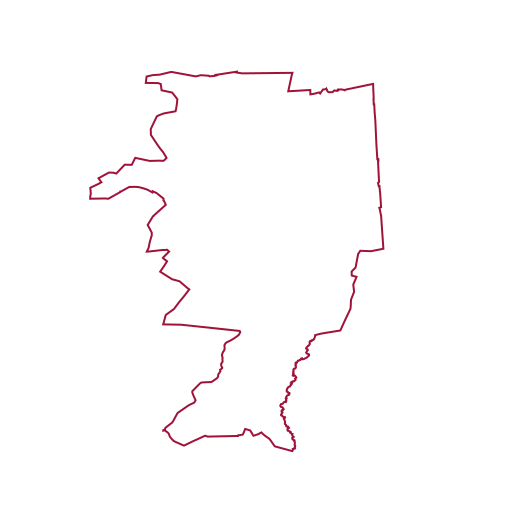 the district of Lielplatones pag., Jelgava, Latvia, rotated 348°
{"feature_id": "27541924B38186203198692", "entity_name": "Lielplatones pag.", "entity_type": "district", "adm_level": 2, "iso_a3": "LVA", "parent_name": "Latvia", "parent_adm1": "Jelgava", "projection": "natural_earth1", "projection_center": [23.633, 56.444], "detail": "fine", "context": "isolated", "style": "outline", "palette": "rose", "viewbox_px": 512, "rotation_deg": 348, "n_neighbors": 0, "source": "geoboundaries", "source_scale": "gbopen_adm2", "svg_char_len": 6113}
<svg xmlns="http://www.w3.org/2000/svg" viewBox="0 0 512 512"><g transform="rotate(348 256 256)"><path d="M251.0,454.4L251.6,453.6L251.8,453.0L252.1,452.8L252.0,452.4L253.4,452.3L253.8,452.5L254.1,452.4L254.2,452.2L254.0,451.8L253.9,451.3L254.5,450.8L254.5,450.5L254.8,450.2L254.9,449.6L254.5,449.1L254.6,448.2L255.1,447.4L255.2,446.3L254.9,445.2L255.4,444.9L255.3,444.2L254.0,443.4L253.9,443.0L253.6,442.7L253.5,441.6L254.3,441.3L254.7,441.0L255.2,440.8L254.8,440.3L254.4,440.2L254.4,439.6L254.4,439.0L254.2,438.9L254.2,438.3L254.6,437.7L253.9,437.5L253.9,437.2L253.4,436.3L252.7,436.0L252.6,435.5L253.1,435.2L252.7,434.8L252.4,434.7L252.4,434.4L251.7,433.8L251.0,433.7L250.7,433.4L250.7,432.0L251.0,431.6L252.0,431.2L251.4,430.8L251.4,430.6L252.2,430.2L251.7,429.3L250.3,429.0L250.1,428.6L250.2,427.3L249.4,426.4L249.4,425.7L250.0,424.4L249.9,423.7L249.7,421.6L249.3,421.2L249.5,420.5L249.6,420.4L250.2,420.5L250.9,420.1L250.9,419.7L250.2,419.4L249.5,419.2L248.8,418.6L248.5,418.2L248.5,417.7L248.2,417.3L247.5,417.1L247.4,416.7L247.7,416.1L248.4,415.5L248.6,414.9L249.2,414.8L249.4,414.5L249.2,414.1L249.3,413.7L248.7,413.3L248.8,412.7L249.5,412.1L250.0,411.9L250.7,412.1L251.2,411.7L251.0,410.8L250.7,410.3L250.5,409.6L249.1,408.8L248.6,407.8L248.8,407.1L249.6,406.1L249.9,406.1L250.3,406.2L251.4,406.1L252.7,404.9L253.7,404.6L254.3,404.7L254.8,405.1L255.2,404.7L255.5,404.0L255.2,403.8L255.5,402.7L255.7,402.4L255.6,402.0L256.2,402.0L256.4,401.8L256.3,401.0L256.0,400.6L256.3,400.0L257.8,398.8L259.2,398.8L259.8,398.3L260.2,397.3L260.2,396.9L259.1,396.6L258.9,395.6L257.9,395.0L258.0,393.9L258.3,393.3L258.7,392.9L258.7,392.5L260.5,390.8L262.1,390.7L262.8,389.7L263.4,389.5L263.6,389.2L263.5,388.7L264.1,388.7L264.6,388.4L264.5,387.8L264.3,387.6L264.4,387.3L264.1,386.9L264.9,386.5L265.8,386.8L266.1,386.5L266.3,386.2L266.9,386.4L267.6,386.2L268.8,385.6L269.1,385.0L268.7,384.1L270.2,383.3L269.4,381.3L268.6,381.0L267.6,381.0L267.1,380.6L267.7,379.2L268.4,379.2L268.5,378.9L268.2,378.0L268.4,377.6L268.2,377.3L268.3,376.9L268.8,376.6L269.0,376.1L268.8,375.7L268.9,375.1L269.2,374.5L269.9,374.1L270.7,374.3L271.4,373.9L272.0,373.0L271.8,372.7L272.2,371.8L271.8,371.0L272.4,370.5L272.3,369.4L272.4,368.9L272.8,368.6L273.2,369.0L273.7,369.0L274.2,368.4L274.3,368.0L275.3,367.1L275.8,367.3L276.5,367.2L277.2,366.7L277.9,366.9L278.6,366.2L278.8,365.7L279.8,365.6L280.2,366.7L281.3,366.8L282.9,366.3L284.2,366.1L287.3,364.3L287.3,363.4L287.2,363.0L285.7,362.2L285.3,361.8L285.3,361.3L285.0,360.9L286.2,359.4L287.0,359.1L287.1,358.5L287.0,357.9L285.9,357.1L285.8,356.8L286.2,356.1L287.0,355.5L287.8,355.1L288.3,354.6L288.9,354.7L290.4,353.2L290.5,352.9L290.3,352.4L290.5,351.3L291.0,350.6L291.5,350.5L292.1,350.6L292.4,350.9L292.8,350.8L293.0,350.5L293.0,350.0L294.6,349.9L295.2,349.7L295.3,349.2L295.9,348.8L297.2,346.6L297.4,345.7L302.6,345.5L304.9,345.5L323.0,346.4L328.9,338.4L337.4,327.3L338.2,324.9L339.1,321.3L339.9,318.4L344.5,311.5L345.2,304.2L350.0,297.3L345.6,295.0L346.3,291.2L346.5,290.9L350.9,288.1L351.2,287.5L356.3,275.3L359.1,272.6L369.4,275.2L382.1,275.4L386.7,242.9L386.8,235.0L386.6,234.6L388.0,234.2L388.5,234.2L390.5,220.4L390.6,219.1L391.3,213.3L390.6,213.3L390.5,209.9L391.8,209.2L392.2,206.4L394.7,190.8L395.1,188.4L395.5,188.4L395.8,186.6L394.8,186.5L397.0,171.7L400.9,148.2L401.9,140.3L403.2,132.2L402.7,132.1L403.6,126.7L403.8,126.7L406.3,112.0L378.7,111.9L377.7,112.0L377.3,112.4L376.6,111.8L373.5,110.6L372.1,110.6L371.3,110.2L370.9,110.1L370.6,110.2L370.2,110.8L370.4,111.3L370.1,111.4L368.8,111.1L367.3,110.4L367.0,110.4L366.4,110.6L366.1,111.1L365.8,111.3L364.3,111.5L361.9,111.1L361.4,111.0L360.7,110.5L360.3,109.9L360.0,109.2L359.9,108.1L359.6,106.9L359.1,107.3L356.1,107.1L352.5,110.4L351.7,109.1L346.4,109.4L342.8,109.2L343.6,104.9L321.8,101.6L328.5,86.6L329.7,84.4L280.5,74.5L274.9,72.4L275.4,71.7L254.5,70.5L254.9,71.1L252.5,71.2L247.9,70.6L247.4,69.9L239.7,67.7L234.4,67.8L211.9,58.5L211.0,58.3L199.7,58.6L192.3,57.6L186.3,57.7L184.2,63.8L196.2,66.5L198.6,68.0L198.1,74.3L208.0,78.7L211.7,86.3L210.0,91.4L208.2,96.1L207.4,97.7L195.3,97.4L191.1,98.0L188.1,98.7L179.4,110.0L178.4,115.8L183.0,127.4L184.5,130.8L186.8,135.3L188.9,141.5L186.0,143.4L185.0,143.6L181.0,142.6L171.8,140.9L158.3,134.9L153.4,141.0L146.7,139.4L146.4,139.5L136.5,146.3L133.8,144.9L129.5,143.8L118.1,147.2L120.1,151.7L117.0,152.7L108.1,154.8L107.4,160.7L106.4,162.8L105.7,165.5L120.6,168.4L123.4,169.3L136.4,165.3L136.6,164.7L137.5,164.8L146.4,162.1L152.9,163.4L155.8,164.3L160.5,166.7L160.5,166.8L163.4,168.4L167.9,172.3L168.4,171.2L171.9,173.8L177.5,180.7L177.0,182.5L177.5,183.0L178.4,187.2L164.2,195.3L164.2,195.5L163.3,195.9L156.5,203.1L158.9,211.5L158.4,213.7L158.3,214.2L155.1,220.0L152.7,225.6L150.1,229.0L152.7,229.4L165.9,230.7L167.4,231.1L170.3,231.4L171.9,233.6L166.5,237.1L164.7,238.3L164.5,238.6L167.9,242.7L164.2,246.5L159.0,251.4L169.1,261.3L175.9,264.8L182.1,272.9L183.8,274.8L176.6,280.9L172.0,284.5L164.7,290.8L155.5,294.9L151.0,303.6L168.3,307.6L224.4,325.9L224.6,326.2L224.8,327.1L223.0,329.4L221.5,330.3L216.7,332.3L214.4,333.1L209.3,334.4L208.1,335.0L207.0,336.1L206.6,336.7L206.2,339.4L205.8,340.9L204.6,342.3L203.3,343.6L202.5,345.1L202.2,345.5L202.0,346.1L202.2,348.3L201.9,349.0L201.4,352.2L201.0,352.9L199.6,354.0L199.2,355.6L199.4,357.3L199.8,358.2L199.7,358.5L198.8,359.2L197.2,359.8L197.2,361.3L195.0,363.5L194.2,364.4L194.1,365.6L193.3,366.7L192.3,367.5L186.8,369.8L185.9,370.0L179.8,368.9L176.1,368.4L174.7,369.0L165.6,375.0L165.3,376.1L165.5,378.0L166.1,381.1L166.6,382.9L166.9,384.6L165.3,386.4L164.6,386.7L160.3,387.7L158.0,388.5L146.6,393.3L140.7,400.2L139.2,401.6L132.5,404.8L131.5,405.4L131.2,405.9L130.8,406.9L129.2,407.0L129.0,407.5L130.8,407.5L130.8,408.0L132.7,410.0L133.7,411.5L134.2,414.9L134.9,416.3L136.7,419.4L137.6,420.3L139.2,421.5L146.1,426.5L155.0,424.3L168.9,421.2L171.2,422.6L201.0,428.3L201.5,427.6L203.1,427.9L204.9,427.9L205.7,427.9L206.2,427.7L209.5,422.9L214.1,425.5L216.1,431.3L221.7,430.7L222.0,430.4L224.6,429.7L225.4,431.0L227.1,433.3L230.8,437.3L231.5,438.4L234.8,446.1L251.0,454.4Z" fill="none" stroke="#9f1239" stroke-width="2"/></g></svg>